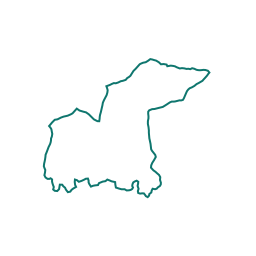 São Joaquim da Barra, São Paulo, Brazil, rotated 130°
{"feature_id": "56859067B83817262349293", "entity_name": "São Joaquim da Barra", "entity_type": "district", "adm_level": 2, "iso_a3": "BRA", "parent_name": "Brazil", "parent_adm1": "São Paulo", "projection": "mercator", "projection_center": [-47.939, -20.54], "detail": "fine", "context": "isolated", "style": "outline", "palette": "teal", "viewbox_px": 256, "rotation_deg": 130, "n_neighbors": 0, "source": "geoboundaries", "source_scale": "gbopen_adm2", "svg_char_len": 3040}
<svg xmlns="http://www.w3.org/2000/svg" viewBox="0 0 256 256"><g transform="rotate(130 128 128)"><path d="M148.8,67.6L147.2,70.1L144.9,71.7L144.0,74.1L144.0,76.5L143.9,78.8L144.1,81.3L143.9,82.9L143.6,84.9L141.7,86.2L139.1,87.0L136.0,87.4L132.3,88.1L131.1,89.9L130.5,92.7L130.0,95.1L129.4,96.6L125.7,100.5L123.5,103.3L122.2,105.0L119.4,107.8L118.2,109.0L116.4,110.5L114.1,112.9L112.1,115.4L109.9,117.2L107.5,118.5L105.8,119.9L104.1,121.7L102.5,123.0L100.8,123.1L98.0,121.6L96.4,119.9L92.9,117.4L89.5,114.9L87.1,114.1L84.6,113.3L81.5,112.4L79.7,111.5L77.7,109.2L73.7,106.3L72.7,105.0L71.2,104.0L69.3,104.3L64.0,105.9L61.9,106.5L59.8,106.6L57.9,106.3L55.8,105.2L53.1,104.2L50.3,103.7L48.2,102.8L44.0,101.3L42.4,101.3L40.7,101.2L37.0,101.1L35.0,101.3L33.2,101.3L32.8,103.6L33.8,106.0L35.0,107.6L36.3,108.8L37.5,110.0L38.6,111.5L39.4,113.0L40.0,115.3L41.0,117.3L42.9,118.1L43.8,119.8L45.1,121.1L46.2,123.3L47.5,125.2L49.1,126.6L49.7,128.4L50.2,129.9L50.5,131.5L51.3,133.1L52.7,135.3L55.4,137.6L54.6,139.2L56.1,141.8L58.0,143.7L57.8,146.6L58.3,149.8L59.2,151.7L59.9,153.4L60.9,155.2L63.8,155.9L66.2,156.7L68.3,158.4L70.2,159.4L71.6,160.0L74.6,160.1L77.8,160.2L80.7,160.5L83.7,160.1L86.5,159.7L88.5,160.1L90.2,160.7L92.6,160.7L95.2,162.3L96.8,163.6L99.5,164.8L101.6,166.1L102.7,167.7L104.6,168.7L106.3,169.4L107.8,170.2L109.9,171.4L110.8,169.8L112.1,167.9L114.1,166.6L116.6,165.5L122.1,164.3L124.8,163.5L127.2,162.1L129.4,161.0L133.3,159.0L136.0,157.8L137.5,156.9L139.3,155.6L141.3,154.4L142.4,155.8L142.9,157.8L143.3,159.7L142.7,166.8L143.0,170.2L144.2,172.7L145.8,176.4L146.1,179.7L149.4,179.8L152.4,179.9L154.3,180.6L157.3,182.1L159.3,183.6L160.6,184.6L163.0,186.0L166.7,187.6L168.8,189.4L172.6,189.7L177.2,189.7L177.6,187.6L178.2,185.9L179.6,184.2L181.2,182.2L183.6,180.8L185.5,180.2L186.9,179.1L188.4,178.2L190.3,177.4L191.9,177.0L193.6,176.6L196.4,175.6L199.0,174.7L201.5,173.9L203.2,172.7L205.3,171.4L207.5,170.2L209.1,169.4L211.4,167.9L212.4,166.2L213.3,164.4L215.4,163.0L217.9,161.7L218.9,159.4L218.7,157.0L217.6,155.6L216.3,155.0L216.2,153.1L217.9,151.7L219.0,150.2L220.1,148.4L220.9,146.9L223.2,145.8L223.2,143.8L221.8,141.7L219.1,141.5L217.1,142.7L215.2,143.8L213.7,141.9L214.2,140.2L214.2,137.8L215.1,136.0L215.8,132.8L213.8,131.3L211.7,131.5L209.5,131.0L206.5,129.9L205.6,131.9L203.6,134.1L201.6,135.5L200.8,133.6L200.8,131.1L198.4,129.6L195.6,128.3L194.0,127.7L192.5,126.2L193.6,124.4L195.0,123.2L195.8,121.6L196.7,118.7L194.8,117.7L193.2,116.4L191.0,114.3L188.9,114.8L185.3,112.9L183.2,111.1L180.8,110.7L180.0,108.4L179.4,106.3L178.6,104.8L177.7,103.1L179.5,101.3L181.4,99.0L180.2,96.0L179.1,93.6L177.1,91.2L176.7,88.9L175.0,87.1L173.6,86.1L172.0,85.6L170.4,85.9L169.7,87.5L168.2,88.4L166.3,89.0L164.7,88.5L162.8,87.5L162.6,85.6L164.0,84.6L166.2,83.4L167.8,80.8L170.0,79.9L171.2,78.4L170.5,76.6L169.0,75.2L167.9,73.8L168.2,72.2L168.7,70.5L168.3,68.5L166.2,68.4L164.9,69.2L162.4,68.7L160.8,69.6L158.7,70.1L157.5,67.9L156.0,67.0L154.4,67.0L151.9,66.3L150.2,66.6L148.8,67.6Z" fill="none" stroke="#0f766e" stroke-width="2"/></g></svg>